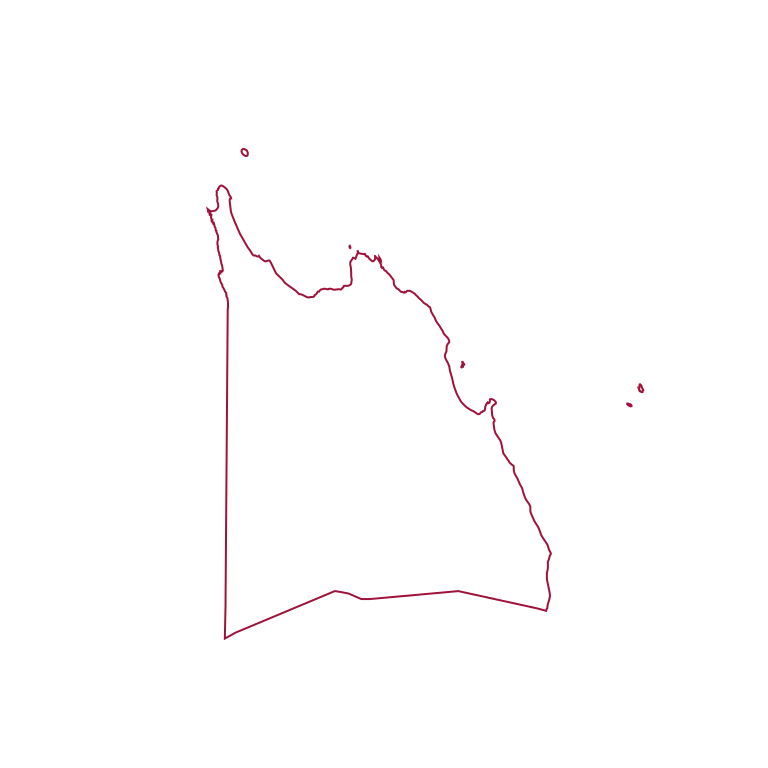 Tjörneshreppur, Norðurland eystra, Iceland, rotated 69°
{"feature_id": "244011B23966539039805", "entity_name": "Tjörneshreppur", "entity_type": "district", "adm_level": 2, "iso_a3": "ISL", "parent_name": "Iceland", "parent_adm1": "Norðurland eystra", "projection": "equal_earth", "projection_center": [-17.235, 66.145], "detail": "fine", "context": "isolated", "style": "outline", "palette": "rose", "viewbox_px": 768, "rotation_deg": 69, "n_neighbors": 0, "source": "geoboundaries", "source_scale": "gbopen_adm2", "svg_char_len": 6161}
<svg xmlns="http://www.w3.org/2000/svg" viewBox="0 0 768 768"><g transform="rotate(69 384 384)"><path d="M653.9,313.9L652.5,313.0L652.1,312.5L652.0,312.0L651.5,311.7L649.0,310.5L643.5,306.3L641.0,304.8L637.9,304.1L624.3,301.8L620.0,300.1L619.1,299.9L615.7,297.6L614.0,296.7L608.8,294.8L606.9,293.0L603.5,290.6L603.3,290.0L602.0,288.9L597.6,289.3L592.8,289.0L582.6,291.2L580.7,291.4L577.9,291.2L573.0,291.3L566.1,292.7L558.9,293.1L556.1,293.1L554.7,292.8L550.9,291.3L548.3,291.5L543.2,292.8L540.8,293.0L536.4,293.0L530.8,292.4L526.0,293.1L520.2,293.3L515.2,294.1L513.4,294.1L510.5,293.6L507.5,292.4L506.5,292.6L504.5,293.9L502.1,295.0L499.9,295.3L498.5,295.8L495.4,296.4L492.2,297.3L491.2,297.4L481.1,295.7L479.5,295.6L477.7,295.8L471.7,297.2L470.1,297.5L468.3,297.5L466.1,297.3L459.5,295.7L458.8,295.2L458.4,294.3L457.7,293.9L456.9,293.7L454.9,294.3L453.2,294.3L451.1,294.0L447.0,292.7L445.7,292.5L444.1,291.3L443.5,290.3L442.7,288.9L442.8,288.3L442.3,287.2L442.3,286.6L441.8,286.3L441.0,286.1L438.8,286.9L437.8,287.6L436.4,289.2L436.3,290.6L438.5,291.6L439.3,292.3L439.3,293.1L438.5,293.6L439.2,294.1L438.8,294.9L439.3,295.5L441.5,297.6L444.3,299.1L444.9,299.8L444.7,300.9L444.9,301.8L445.4,302.2L445.2,303.8L446.2,305.3L446.2,306.5L445.3,307.6L441.5,310.2L439.4,312.3L436.0,314.8L433.9,316.0L429.2,318.0L427.2,318.6L419.1,319.6L412.6,319.5L408.5,319.2L402.8,318.3L395.2,317.7L391.2,316.8L387.5,316.8L383.0,317.4L381.1,317.4L379.4,317.0L377.6,315.8L375.9,314.0L371.2,311.9L369.5,310.2L368.5,308.3L367.9,307.9L366.5,307.6L364.0,307.9L359.3,309.9L358.2,310.2L356.1,310.2L349.4,311.4L346.1,312.4L343.5,312.8L339.5,313.0L336.7,313.6L333.3,314.0L329.1,313.5L326.7,315.0L325.6,315.4L322.9,317.6L318.5,319.4L316.3,320.7L314.4,321.3L312.8,322.2L311.2,322.7L307.8,325.1L306.3,326.5L305.4,328.7L305.4,329.3L306.2,330.9L305.5,331.7L306.0,332.3L305.8,332.7L304.7,333.8L304.3,334.8L303.8,335.2L300.7,336.6L300.1,337.0L299.7,337.6L298.5,338.2L295.0,339.0L293.7,338.8L290.6,337.8L289.6,338.0L283.3,339.9L281.9,340.8L279.1,341.7L278.7,342.3L277.7,342.9L274.7,343.2L274.6,343.4L275.0,343.8L275.1,344.0L274.8,344.4L274.2,344.6L273.4,344.6L272.0,344.0L270.7,344.0L266.4,344.7L263.6,345.6L262.7,346.1L261.5,346.3L261.4,346.5L263.8,347.4L264.6,348.0L265.4,349.5L265.5,350.4L265.1,351.0L263.1,352.2L261.1,353.1L259.4,353.2L259.0,353.4L259.2,353.9L258.9,354.4L258.1,354.9L255.7,355.2L255.6,355.4L255.8,356.0L253.0,360.5L252.8,361.3L253.0,362.4L256.9,365.8L255.2,367.2L255.0,367.8L255.6,368.3L258.0,371.7L260.4,372.7L263.8,373.3L268.2,374.7L271.7,376.0L275.4,376.8L277.2,378.0L278.4,378.5L279.0,379.2L279.4,380.4L279.5,381.7L279.3,382.9L278.1,385.8L278.0,386.3L279.3,387.6L279.5,388.7L280.4,390.1L280.2,390.8L279.4,391.9L278.1,396.9L275.7,400.0L275.6,401.2L275.3,401.7L275.6,402.4L273.8,405.2L273.5,406.3L273.5,407.3L273.2,408.6L273.2,409.3L273.7,410.4L274.5,411.5L274.0,412.7L275.9,415.1L276.1,416.8L277.2,417.8L277.3,418.9L276.4,421.6L276.4,423.0L275.9,423.9L275.0,425.1L271.7,428.0L270.3,429.7L269.7,431.1L266.7,432.3L265.0,433.2L257.1,438.4L254.0,440.3L250.3,441.3L242.2,445.0L241.0,445.2L230.4,446.1L228.1,446.5L227.4,447.0L227.1,450.7L226.3,451.6L223.2,453.6L220.8,454.6L219.6,454.8L220.0,455.4L219.7,456.3L219.1,457.1L217.9,458.0L217.4,459.6L216.6,460.1L215.4,460.5L211.2,461.2L207.4,462.3L192.5,464.6L180.1,465.2L172.3,465.3L168.5,465.2L157.5,462.4L156.0,461.7L155.8,461.0L156.0,460.2L154.3,460.1L152.0,460.7L147.5,460.7L145.1,461.2L141.5,463.4L140.4,464.6L140.4,466.0L141.2,467.6L141.9,468.0L142.2,468.4L142.1,468.8L142.3,469.1L143.0,469.2L143.4,469.6L143.9,471.1L144.4,471.4L145.6,471.5L147.4,472.5L150.2,472.7L153.7,474.2L156.7,474.4L157.9,474.7L159.3,475.4L160.1,476.2L161.4,478.4L161.6,479.6L161.0,482.9L160.1,484.4L157.5,485.9L159.4,486.1L159.6,486.5L159.9,486.6L160.3,486.3L160.5,485.8L161.3,485.3L161.2,484.9L161.4,484.7L161.8,484.8L163.1,485.6L162.9,486.0L163.5,486.1L164.0,485.8L163.0,485.0L163.6,484.8L164.3,485.3L164.8,485.3L164.8,484.8L166.8,486.0L169.1,485.7L169.2,485.9L168.7,486.1L170.0,486.6L170.3,486.5L170.0,485.8L171.1,486.3L171.4,486.2L171.2,485.9L171.3,485.7L173.5,486.0L174.4,485.6L173.6,485.4L173.5,485.2L176.7,485.7L177.8,485.4L180.2,486.0L180.7,485.9L180.9,485.6L181.9,486.0L183.1,485.9L184.3,486.0L185.1,485.8L186.7,486.0L187.5,486.5L189.5,486.8L189.8,487.0L189.9,487.4L190.5,487.7L191.0,488.2L193.5,489.4L196.5,489.7L196.6,490.1L197.0,490.3L198.6,490.5L200.6,491.0L201.8,490.9L203.9,491.2L204.5,491.5L205.1,491.2L206.8,491.3L207.7,491.8L208.4,491.7L209.6,492.1L211.5,492.3L213.3,492.7L215.6,492.7L220.0,493.7L220.7,494.2L220.3,494.6L221.0,495.4L220.2,495.8L220.4,496.4L220.2,496.6L221.9,497.2L221.3,497.9L221.5,498.2L222.4,498.6L222.4,499.2L223.4,499.6L224.1,499.6L224.5,499.9L226.6,499.6L230.3,500.0L233.4,499.5L235.3,499.9L237.4,499.4L238.0,499.5L239.2,499.2L240.5,499.3L242.5,498.7L243.9,499.3L244.7,499.2L245.8,499.7L247.6,499.4L251.5,500.3L256.2,502.0L257.0,502.3L257.9,503.0L534.4,611.5L564.6,623.8L562.9,611.5L559.7,504.1L562.7,498.9L566.9,492.2L576.7,482.2L579.6,474.6L604.0,388.8L648.8,320.8L653.9,313.9ZM117.4,433.8L119.4,433.2L121.5,431.6L121.9,430.2L121.5,429.3L119.4,428.3L117.0,428.3L116.4,428.6L115.3,429.7L114.4,430.3L114.1,431.8L114.5,432.9L115.7,433.7L117.4,433.8ZM482.6,144.2L481.9,144.2L480.3,144.5L477.7,144.3L477.3,144.4L477.2,144.6L477.4,144.7L477.2,144.9L476.0,145.1L476.0,145.4L476.6,145.6L476.8,146.0L477.7,146.5L478.4,146.5L479.5,147.2L480.0,147.6L479.7,147.8L482.1,147.9L482.0,147.4L483.7,146.7L484.2,145.7L484.0,145.4L482.6,144.5L482.6,144.2ZM490.4,164.1L491.8,163.3L493.3,161.8L493.4,160.9L492.6,160.6L492.0,160.7L491.3,161.2L490.4,162.5L490.0,162.6L489.4,163.9L489.8,164.2L490.4,164.1ZM394.9,302.8L394.8,302.2L394.2,302.0L392.5,302.6L390.7,302.7L392.0,303.3L394.9,302.8ZM266.5,343.2L267.7,342.7L266.8,342.5L264.1,343.0L265.3,343.4L266.5,343.2ZM396.0,305.8L396.4,305.5L396.2,305.1L395.5,304.8L395.4,304.3L395.8,304.0L395.3,303.8L394.9,304.0L394.5,304.5L395.2,304.9L395.5,305.6L396.0,305.8ZM245.0,366.9L244.9,366.6L243.7,366.3L242.7,366.4L242.8,366.7L243.2,367.0L244.5,367.1L245.0,366.9ZM251.8,361.1L251.8,360.9L250.9,360.7L249.8,361.0L251.3,361.2L251.8,361.1Z" fill="none" stroke="#9f1239" stroke-width="2"/></g></svg>